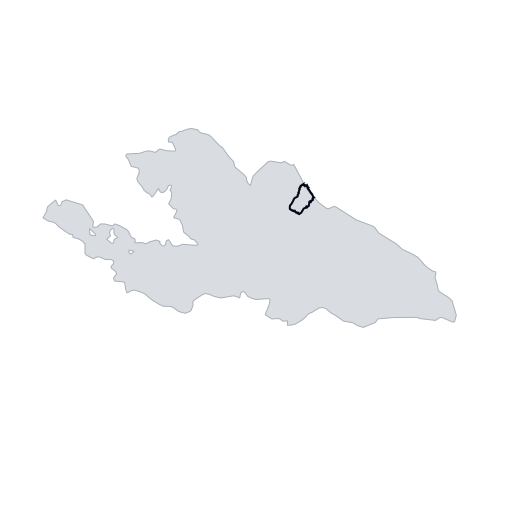 Ysyk-Ata, Chuy, Kyrgyzstan shown in context, rotated 31°
{"feature_id": "92254566B31675215078110", "entity_name": "Ysyk-Ata", "entity_type": "district", "adm_level": 2, "iso_a3": "KGZ", "parent_name": "Kyrgyzstan", "parent_adm1": "Chuy", "projection": "albers", "projection_center": [74.932, 42.711], "detail": "fine", "context": "in_parent", "style": "outline", "palette": "ink", "viewbox_px": 512, "rotation_deg": 31, "n_neighbors": 0, "source": "geoboundaries", "source_scale": "gbopen_adm2", "svg_char_len": 6957}
<svg xmlns="http://www.w3.org/2000/svg" viewBox="0 0 512 512"><g transform="rotate(31 256 256)"><path d="M118.2,301.6L119.5,300.9L123.4,300.3L131.3,299.9L133.9,300.6L139.2,304.0L143.3,303.8L144.0,304.3L145.5,307.0L151.4,303.2L155.5,302.2L157.8,298.3L162.4,293.6L166.2,293.0L166.2,293.8L166.9,294.5L170.8,295.7L172.0,294.5L172.7,292.8L171.4,289.9L171.4,288.8L172.7,287.1L178.8,289.9L180.1,289.9L183.0,288.5L185.6,286.0L186.6,284.0L199.4,277.6L200.3,276.4L200.1,275.6L194.9,273.9L192.5,274.7L190.3,274.7L189.0,273.7L182.6,273.1L181.2,272.4L177.1,267.5L172.0,264.3L169.4,264.4L166.3,265.6L165.4,265.0L165.3,260.4L164.8,257.7L163.0,257.0L160.7,258.0L154.3,256.3L153.8,250.6L151.5,245.5L148.2,243.4L148.2,240.4L147.1,239.1L146.1,239.4L144.7,240.8L145.2,244.2L144.6,247.5L143.8,249.1L142.3,250.3L140.6,250.3L137.7,248.5L136.9,258.5L136.3,259.1L132.9,257.5L130.1,258.0L125.9,257.2L122.9,255.4L116.9,253.3L114.1,251.3L112.7,244.4L111.1,241.9L109.6,241.4L103.0,243.4L96.6,238.9L93.4,237.8L92.6,236.5L92.8,235.0L103.3,228.0L107.5,223.1L110.0,221.0L116.4,219.0L118.1,214.4L118.6,213.8L125.1,211.8L132.4,208.0L132.6,206.9L132.0,205.8L125.7,201.7L122.4,203.3L120.6,201.0L120.7,198.8L123.0,195.0L124.9,193.1L125.8,189.4L128.5,187.0L131.3,183.2L134.7,180.1L140.7,177.9L144.0,178.9L147.1,178.4L152.0,176.6L155.0,176.6L167.3,180.0L171.3,180.3L180.8,184.5L188.3,186.7L191.9,190.5L204.0,192.5L207.3,193.6L208.5,195.5L211.9,197.9L214.8,198.4L212.4,189.4L213.5,184.0L217.6,169.4L219.6,167.2L229.5,163.2L231.8,160.2L238.8,160.3L240.2,159.8L241.1,158.1L262.7,171.0L271.0,174.6L282.4,177.9L292.1,178.9L293.8,178.1L297.6,173.1L299.4,172.8L323.4,173.4L340.5,170.3L343.0,170.4L349.5,173.1L369.8,173.3L377.8,174.9L390.4,173.7L395.8,173.8L405.5,177.0L408.9,177.6L415.2,177.9L417.6,177.2L419.0,177.9L420.6,182.4L426.8,187.9L429.2,190.9L431.5,192.1L442.8,192.4L447.1,193.4L458.2,203.6L460.0,209.9L459.0,211.3L447.9,212.8L445.4,213.9L443.0,218.8L428.3,225.4L426.1,225.4L406.5,237.3L392.9,247.1L392.5,251.6L384.7,262.0L378.6,263.4L373.4,263.3L364.8,266.7L353.8,266.0L350.0,266.3L342.8,265.0L339.9,265.8L336.8,268.0L332.7,276.1L331.0,278.0L330.3,279.9L329.7,283.8L328.1,288.0L324.6,294.3L321.5,297.3L318.6,299.2L316.3,295.4L312.6,298.1L309.0,297.6L306.9,298.4L302.0,301.8L294.7,301.7L293.9,300.6L292.4,291.4L291.1,287.1L290.0,286.1L288.7,286.0L278.4,293.3L273.5,294.6L269.6,294.8L264.4,292.7L263.2,293.2L262.3,294.4L262.0,295.9L263.5,299.9L263.1,300.7L260.7,300.7L257.4,301.6L247.4,310.1L241.0,312.2L235.1,313.0L231.6,314.5L229.5,317.6L225.5,326.3L225.7,328.2L227.3,330.5L228.4,335.8L228.1,337.2L224.9,341.5L220.8,342.8L217.6,343.4L211.5,342.7L208.3,343.5L202.5,346.8L197.7,347.3L188.7,347.2L180.0,345.7L177.0,346.0L169.2,347.8L166.4,350.8L164.9,353.6L164.1,353.9L161.1,351.2L157.3,346.6L155.3,346.6L148.2,350.1L147.1,349.9L145.2,348.4L145.6,342.8L143.4,341.5L138.6,341.0L137.1,339.7L137.8,336.0L137.3,334.6L136.1,333.5L133.6,333.7L128.5,336.6L122.6,337.4L120.5,338.3L118.1,342.1L110.2,342.6L107.8,341.6L103.4,333.9L99.5,332.6L95.3,332.7L89.7,334.3L88.4,332.6L87.0,332.1L85.6,333.3L78.8,333.1L71.8,332.5L67.9,331.4L65.4,331.3L60.1,333.0L53.8,333.0L53.6,326.0L52.0,321.3L54.4,313.7L55.6,311.3L60.1,314.5L61.8,314.1L62.4,312.7L61.9,309.2L64.4,305.6L81.1,301.5L98.8,310.0L100.9,314.9L102.5,314.8L105.1,312.8L106.1,308.7L109.7,306.5L117.6,304.1L118.2,301.6ZM126.7,319.0L127.1,318.3L125.9,314.7L127.9,311.4L124.2,310.7L122.4,309.6L120.5,306.1L119.8,306.0L118.6,306.8L117.9,309.0L118.4,311.4L120.9,313.8L119.4,318.5L124.8,319.4L126.7,319.0ZM107.6,321.4L107.5,320.4L106.3,319.8L99.5,318.2L99.7,319.1L102.2,322.8L104.1,323.1L107.6,321.4ZM148.4,317.0L148.9,314.9L144.7,316.0L144.2,317.1L145.6,318.5L147.3,319.1L148.4,317.0Z" fill="#d9dde1" stroke="#a8b0b8" stroke-width="1"/><path d="M260.2,170.3L259.8,170.5L259.8,171.0L259.2,171.0L259.2,170.6L258.9,171.1L258.8,171.5L258.8,171.9L258.6,172.3L258.3,172.5L258.1,173.0L258.3,173.4L258.3,173.6L258.2,173.6L258.1,174.4L258.2,174.1L258.6,174.1L258.3,175.5L258.5,175.6L258.5,175.9L258.5,176.2L259.2,176.4L259.2,177.6L259.7,179.0L259.6,179.7L260.3,179.9L260.4,180.1L260.4,180.6L260.4,181.3L260.2,182.1L260.4,182.6L260.8,182.9L261.0,183.4L260.9,183.9L260.6,184.4L260.2,185.0L259.8,185.5L259.6,185.9L259.3,186.5L259.2,187.2L259.2,187.9L259.3,188.8L259.4,189.3L259.5,190.3L259.5,190.7L259.5,191.5L259.6,192.5L259.5,193.5L259.3,194.3L259.2,195.3L259.4,195.7L259.5,196.1L260.0,197.1L260.2,197.4L260.6,198.0L260.9,198.3L261.2,198.2L261.3,198.2L261.4,198.3L261.6,198.3L262.1,198.4L262.3,198.3L262.4,198.2L262.5,198.2L262.8,198.2L263.0,198.2L263.3,198.2L263.5,198.3L263.5,198.2L263.8,198.1L264.0,198.2L264.3,198.0L264.5,198.0L264.6,197.9L264.8,197.8L264.9,197.7L265.0,197.8L265.2,198.0L265.3,198.1L265.5,198.1L265.8,198.0L265.8,197.9L266.0,197.8L266.2,197.7L266.3,197.5L266.5,197.7L267.1,197.7L267.1,197.8L267.3,197.9L267.7,198.1L267.9,198.2L268.2,198.2L268.6,198.1L268.7,197.9L268.9,197.7L269.0,197.6L269.3,197.7L269.5,197.2L269.8,197.2L270.0,197.2L270.2,197.3L270.2,197.6L270.4,197.8L270.5,198.0L271.5,197.8L271.7,197.5L271.9,196.8L272.0,196.3L272.3,195.9L272.5,195.5L272.5,194.6L272.4,194.0L272.5,193.0L272.5,192.1L272.4,191.2L272.6,190.6L272.8,190.1L273.3,189.7L273.6,189.3L273.6,188.8L273.7,188.6L274.2,188.6L274.4,188.6L274.6,188.5L274.8,188.0L274.8,187.4L274.6,187.4L274.5,187.5L274.4,187.8L274.2,188.0L273.9,188.0L273.7,187.9L273.6,187.7L273.7,187.3L273.9,187.1L274.2,187.1L274.5,187.0L275.1,186.6L275.4,186.1L275.4,185.7L275.2,185.1L274.8,184.4L274.4,183.3L274.1,182.8L273.9,182.5L273.8,182.3L273.9,181.7L274.0,181.3L274.1,181.2L275.2,181.5L275.2,181.4L275.2,181.2L274.9,180.2L274.9,179.9L275.3,179.5L275.6,179.4L275.8,179.1L275.9,178.8L275.9,178.5L275.7,178.2L275.4,178.0L274.9,177.7L274.8,177.4L274.8,177.0L275.4,176.2L275.5,176.0L275.4,176.0L275.3,175.9L275.1,175.9L274.9,175.8L274.6,175.7L274.2,175.5L274.1,175.4L273.9,175.3L273.8,175.2L273.7,175.2L273.3,174.9L273.2,174.9L273.0,174.7L272.9,174.6L272.6,174.3L272.4,174.3L272.3,174.2L272.2,174.1L271.9,174.2L271.7,174.1L271.6,173.9L271.2,173.7L270.9,173.7L270.8,173.8L270.6,173.8L270.5,173.7L270.4,173.7L270.2,173.6L270.1,173.4L269.8,173.3L269.7,173.3L269.6,173.2L269.4,173.1L269.3,172.9L269.2,172.9L268.9,172.7L268.7,172.7L268.4,172.7L268.2,172.6L268.2,172.4L267.9,172.2L267.7,172.1L267.4,172.0L267.2,171.8L267.0,171.7L266.9,171.7L266.7,171.8L266.6,171.7L266.4,171.4L266.2,171.3L265.9,171.3L265.9,171.2L265.7,171.1L265.6,170.9L265.4,170.8L265.3,170.7L265.3,170.8L265.2,170.7L265.0,170.8L264.9,170.7L264.7,170.5L264.7,170.4L264.8,170.3L264.7,170.3L264.7,170.2L264.4,170.1L264.2,170.1L264.0,169.9L264.0,170.0L263.9,170.0L263.8,169.9L263.7,169.9L263.4,169.8L263.3,169.7L263.3,169.8L263.2,169.8L262.9,169.9L262.7,169.8L262.4,169.9L262.4,170.0L262.2,169.9L262.1,170.0L262.0,169.9L261.9,169.9L261.7,169.9L261.4,170.0L261.2,170.2L261.2,170.3L261.1,170.2L261.0,170.3L260.9,170.3L260.8,170.2L260.7,170.2L260.5,170.3L260.4,170.4L260.2,170.3L260.2,170.3Z" fill="none" stroke="#020617" stroke-width="2"/></g></svg>